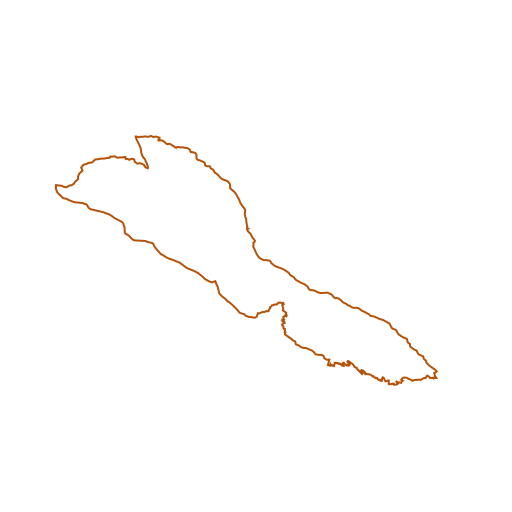 the district of Los Patios, Norte de Santander, Colombia, rotated 111°
{"feature_id": "7082276B52790830611795", "entity_name": "Los Patios", "entity_type": "district", "adm_level": 2, "iso_a3": "COL", "parent_name": "Colombia", "parent_adm1": "Norte de Santander", "projection": "equal_earth", "projection_center": [-72.512, 7.753], "detail": "fine", "context": "isolated", "style": "outline", "palette": "amber", "viewbox_px": 512, "rotation_deg": 111, "n_neighbors": 0, "source": "geoboundaries", "source_scale": "gbopen_adm2", "svg_char_len": 6068}
<svg xmlns="http://www.w3.org/2000/svg" viewBox="0 0 512 512"><g transform="rotate(111 256 256)"><path d="M261.5,468.1L265.0,466.9L267.9,464.2L270.9,457.5L271.0,455.6L270.6,454.2L270.6,452.6L270.9,450.6L270.9,445.1L268.8,437.1L268.6,433.0L268.9,432.1L271.0,429.6L271.6,427.2L269.8,413.8L269.9,406.6L271.3,401.7L272.2,393.6L272.7,392.2L276.2,389.1L281.5,386.7L281.9,385.6L282.5,382.1L284.8,377.2L285.0,375.2L281.7,364.9L281.7,361.6L281.0,357.6L281.6,356.2L283.3,354.5L284.7,352.4L288.3,345.6L288.6,342.8L289.4,339.3L289.7,335.6L289.4,332.5L289.6,324.7L292.0,316.4L292.2,308.1L292.7,303.8L294.7,297.8L295.8,295.5L296.5,290.2L296.4,287.7L294.1,284.9L296.2,283.2L298.6,280.6L304.1,276.9L305.8,273.4L307.0,269.3L308.6,266.0L309.0,263.7L310.5,259.6L312.3,255.5L314.5,251.6L314.9,250.3L314.6,245.7L315.5,244.4L315.5,241.5L314.5,237.5L314.4,236.1L313.7,234.5L312.6,233.7L308.6,233.6L308.3,232.2L305.9,229.8L305.5,228.4L303.6,226.4L303.4,225.0L302.9,224.5L301.2,224.6L299.7,224.1L298.9,224.6L297.9,223.8L296.4,223.5L295.7,222.3L295.2,222.1L293.7,219.1L292.2,218.7L291.1,217.8L291.1,216.9L290.7,216.5L290.6,214.5L290.0,213.9L291.0,212.8L291.5,213.1L291.9,213.9L292.4,213.9L295.6,211.5L297.2,211.4L298.1,207.5L299.7,207.3L300.0,206.5L300.6,205.9L301.5,206.1L301.2,207.6L302.7,208.1L303.3,208.7L303.9,208.1L304.8,207.9L305.3,206.9L305.7,207.0L306.0,208.1L306.8,206.8L307.3,207.8L308.3,205.4L310.1,207.0L310.9,207.0L311.6,206.4L311.9,205.2L313.6,204.4L313.7,203.0L314.6,203.1L315.0,202.2L316.1,202.1L316.6,201.3L317.2,201.7L317.9,201.1L318.9,200.8L319.1,199.3L319.6,198.3L319.6,197.3L320.2,196.5L320.0,195.5L320.4,194.9L320.4,194.0L321.5,191.8L321.7,188.9L321.9,188.5L323.8,187.6L324.2,186.9L324.2,183.9L325.0,180.9L324.7,178.5L324.0,176.1L324.2,170.1L324.6,168.4L326.4,165.2L325.7,161.5L324.7,158.8L325.3,156.8L326.9,155.6L327.4,153.7L327.2,151.3L326.7,151.2L326.5,150.4L332.1,149.8L331.9,147.6L330.3,147.7L330.7,147.2L330.6,145.6L331.0,145.6L330.8,143.7L327.6,144.2L327.6,143.6L327.1,143.4L326.8,141.9L327.2,140.6L326.9,139.6L326.5,139.9L326.3,138.6L326.7,137.6L327.2,137.3L327.1,136.8L327.5,136.5L327.2,135.0L326.0,136.3L325.0,136.5L324.2,135.9L325.5,133.6L325.3,133.2L325.6,132.1L324.9,132.0L324.7,131.6L324.6,131.3L325.2,131.4L325.2,130.7L324.6,130.7L324.6,129.7L323.3,129.8L322.0,132.8L321.2,132.6L321.0,131.7L321.9,128.9L322.1,127.5L323.7,124.5L324.4,124.1L324.3,121.9L325.2,121.1L328.2,114.7L326.9,114.3L325.2,116.9L324.6,116.5L325.0,115.2L324.6,114.9L325.6,112.5L326.8,112.1L327.1,111.4L326.5,111.0L326.6,110.4L326.0,108.7L326.0,107.4L325.7,106.4L326.6,103.7L326.2,103.4L326.8,102.3L326.9,100.9L327.1,100.9L327.1,100.6L326.7,100.5L326.6,99.2L327.0,99.0L327.2,97.6L327.6,97.4L327.7,95.7L327.3,95.6L327.7,94.5L327.3,94.4L327.3,93.9L324.8,94.4L324.5,94.1L323.9,94.2L323.8,93.8L324.0,93.1L326.6,90.4L326.1,89.4L325.1,88.4L324.7,87.4L328.0,86.2L328.0,85.6L327.5,85.0L327.3,84.0L326.1,82.6L326.5,81.8L326.0,81.4L326.7,80.9L325.7,78.8L324.4,77.8L323.6,79.3L322.6,80.5L323.2,78.1L322.9,78.0L322.4,75.0L320.2,74.9L319.8,74.5L319.6,76.0L318.4,75.9L316.6,74.6L315.7,72.1L316.1,67.8L316.0,66.4L316.2,65.9L316.4,65.0L315.9,64.7L314.9,63.4L312.9,59.2L312.7,57.8L310.2,55.9L309.5,55.2L309.5,54.3L309.0,53.9L306.7,53.5L306.2,53.0L306.7,51.9L306.6,51.0L307.5,49.9L306.5,47.3L306.7,46.6L305.7,46.3L305.9,45.2L305.3,43.9L304.1,45.7L301.4,47.7L300.1,46.4L299.0,45.9L297.9,48.2L296.3,54.8L295.1,57.6L294.3,59.0L293.1,59.4L291.7,62.7L289.8,63.9L289.6,68.5L289.0,69.8L286.8,72.1L286.7,74.3L285.5,79.1L284.7,80.0L283.0,80.7L282.3,83.3L279.3,85.4L279.1,90.5L278.0,94.8L277.2,96.1L275.1,98.5L274.8,99.9L274.9,101.9L274.5,103.6L271.2,107.1L270.2,114.4L270.5,118.6L270.1,123.5L270.8,127.8L270.1,129.0L269.4,133.6L269.1,137.6L268.2,140.8L268.0,142.2L268.5,144.1L269.5,146.4L269.5,148.4L268.8,150.9L269.1,152.4L268.3,155.0L268.2,157.5L267.9,158.7L267.0,160.4L266.1,163.9L266.2,165.5L267.0,166.5L266.9,167.6L266.3,169.3L265.6,170.2L264.9,171.6L264.6,176.1L267.6,182.7L267.7,185.9L267.3,189.3L267.6,190.9L268.3,192.6L268.3,193.6L267.7,195.1L266.3,196.6L265.6,198.4L265.1,200.1L264.8,204.8L264.0,210.1L262.2,213.3L261.6,217.0L260.0,219.4L259.0,223.2L258.5,226.8L258.6,233.9L258.4,235.4L257.2,239.0L255.5,241.1L256.0,244.5L257.1,247.1L256.9,250.6L256.1,253.0L254.0,256.0L247.8,262.3L246.8,262.2L244.4,263.2L243.5,262.4L242.2,262.4L241.1,263.9L240.5,265.4L237.3,269.0L235.9,272.2L234.4,273.8L233.7,274.1L233.5,273.8L233.5,274.3L232.3,274.3L232.3,274.5L226.7,277.7L225.0,278.3L223.2,280.1L221.2,281.4L217.3,282.4L216.4,283.1L212.3,289.4L209.3,292.1L205.0,297.3L203.9,299.2L202.3,303.9L201.5,304.7L198.8,305.7L198.0,306.4L196.3,309.4L196.4,314.3L196.0,316.5L193.7,321.1L192.8,324.5L190.8,326.8L190.4,329.6L188.8,331.3L189.7,333.6L189.8,334.9L189.5,336.1L187.6,337.1L187.1,337.8L186.8,342.3L187.1,344.3L186.9,345.5L186.1,346.6L183.1,347.7L181.7,349.3L181.4,349.9L181.9,351.6L181.8,352.7L182.4,354.2L180.6,355.8L180.0,357.0L179.9,358.1L180.6,362.6L181.8,366.0L182.2,368.0L182.5,368.7L183.5,369.1L183.7,370.0L182.9,372.5L182.9,373.7L182.4,374.8L182.3,376.3L182.3,377.0L183.5,379.3L181.9,383.7L182.0,386.3L183.1,388.1L182.7,388.8L181.1,388.2L180.1,388.4L180.3,391.4L180.4,392.3L181.7,394.4L181.6,397.2L183.2,399.0L184.3,402.9L185.5,404.7L186.1,406.8L187.1,407.9L187.2,410.1L187.6,411.1L189.2,410.1L194.8,404.0L197.2,402.0L201.3,399.7L203.1,398.1L204.6,396.2L205.1,394.9L208.6,391.3L211.5,388.8L212.9,388.5L212.9,390.7L212.4,391.8L211.2,392.9L210.8,395.7L211.1,398.0L212.1,399.4L212.2,400.6L211.4,403.1L209.7,404.1L209.4,404.6L209.9,407.3L211.6,408.6L211.4,410.5L212.2,412.2L212.0,412.6L210.5,413.1L210.5,413.8L211.2,415.2L211.8,415.5L212.5,418.1L213.8,420.0L213.9,421.4L213.5,423.6L214.9,426.0L215.2,427.4L215.5,427.8L216.5,427.7L216.9,428.1L218.0,430.4L219.5,432.7L220.9,436.2L221.7,437.2L223.6,440.8L227.2,442.4L229.6,446.3L231.1,447.4L232.2,449.3L233.5,450.2L235.0,450.4L236.0,450.9L238.4,448.5L242.1,450.4L243.4,450.6L245.9,450.6L247.9,449.6L251.2,451.4L253.5,451.8L256.1,453.5L257.0,455.4L259.4,457.2L260.1,458.5L260.3,460.0L260.1,462.6L261.5,468.1Z" fill="none" stroke="#b45309" stroke-width="2"/></g></svg>